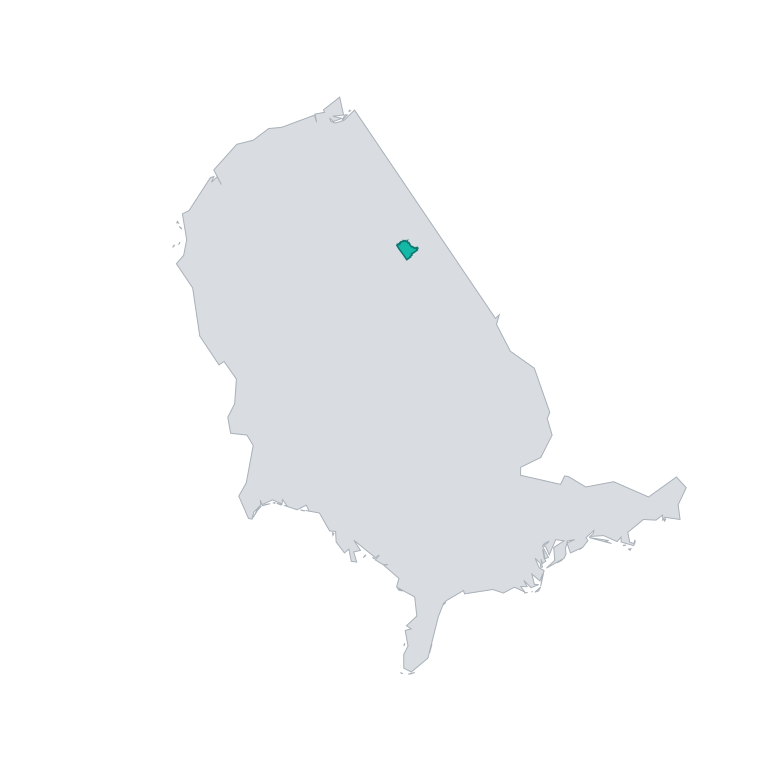 Garfield, Montana, United States of America shown in context, rotated 55°
{"feature_id": "52423323B69733440300774", "entity_name": "Garfield", "entity_type": "district", "adm_level": 2, "iso_a3": "USA", "parent_name": "United States of America", "parent_adm1": "Montana", "projection": "albers", "projection_center": [-107.725, 47.414], "detail": "fine", "context": "in_parent", "style": "filled", "palette": "teal", "viewbox_px": 768, "rotation_deg": 55, "n_neighbors": 0, "source": "geoboundaries", "source_scale": "gbopen_adm2", "svg_char_len": 5781}
<svg xmlns="http://www.w3.org/2000/svg" viewBox="0 0 768 768"><g transform="rotate(55 384 384)"><path d="M595.8,251.9L628.3,232.1L627.9,197.8L642.3,195.9L651.6,212.3L664.8,219.2L654.3,230.3L655.3,233.7L651.2,231.0L651.5,239.3L643.8,249.2L645.3,269.4L654.6,273.5L658.1,270.6L655.5,268.0L657.5,268.8L659.6,272.2L649.4,280.4L645.4,277.6L646.8,283.4L634.1,291.1L627.1,302.6L626.4,298.2L624.4,296.2L625.7,306.6L629.3,306.9L631.8,315.1L629.3,328.2L619.2,325.3L620.9,317.1L617.8,323.6L622.8,329.7L627.6,332.3L630.1,336.5L628.0,356.6L626.4,345.3L615.3,338.7L615.7,326.5L610.0,332.6L618.7,346.6L610.1,344.9L607.9,346.3L608.1,340.7L607.4,339.4L606.6,344.0L607.8,347.2L620.5,348.7L619.3,352.4L612.5,349.1L610.4,348.9L618.8,352.8L621.9,353.0L621.9,357.4L617.6,355.8L624.9,359.4L624.0,360.7L620.4,358.8L613.4,360.2L623.6,362.3L628.6,359.9L639.5,371.6L630.5,362.9L634.8,369.2L624.6,371.9L634.4,375.7L637.0,372.3L635.2,380.4L625.1,382.1L632.1,383.0L628.4,388.1L635.1,388.0L625.2,393.8L623.7,406.1L614.7,412.8L602.1,438.4L598.8,437.3L597.2,456.9L598.0,461.2L605.7,472.9L633.7,505.2L635.6,526.8L628.1,530.8L616.8,522.9L612.4,514.6L598.0,508.0L600.2,502.2L594.9,504.2L592.9,490.2L576.0,481.0L557.5,490.2L551.8,483.3L532.4,488.1L534.1,484.4L531.5,488.3L523.1,492.0L521.5,486.0L521.1,490.7L494.8,498.3L506.8,498.7L504.2,505.2L514.2,508.5L510.5,512.5L499.1,507.5L499.7,513.3L485.9,513.8L477.0,508.2L473.2,512.8L452.6,510.9L442.6,520.8L445.2,518.2L438.7,517.1L437.1,527.4L426.0,535.6L428.5,533.3L420.5,533.4L423.7,536.4L415.0,541.8L412.8,553.1L408.3,551.9L412.4,554.4L414.3,564.2L419.0,569.6L416.4,572.1L392.6,567.3L385.9,553.4L359.3,526.4L347.2,525.6L336.4,537.9L321.6,531.0L314.6,517.7L295.3,502.1L273.8,502.1L273.7,508.2L239.0,507.4L195.5,485.6L166.4,485.1L163.7,474.3L152.7,462.9L129.0,451.5L130.1,444.2L115.3,407.7L116.5,404.4L119.8,409.5L118.5,401.8L127.3,402.8L111.0,400.6L103.2,367.1L109.3,351.3L108.6,331.9L115.0,320.8L123.9,286.7L131.0,289.1L123.3,285.7L127.4,276.8L124.7,276.3L123.6,255.8L140.5,262.8L135.2,272.4L142.2,266.2L140.1,274.7L135.5,276.0L138.5,276.9L142.4,274.0L145.1,265.4L142.7,251.0L394.2,255.1L393.4,249.9L399.7,257.7L429.7,261.7L457.3,251.8L502.4,264.5L505.9,270.1L522.3,275.6L534.1,297.7L530.6,319.8L537.1,324.5L567.5,296.9L562.9,288.8L565.4,286.1L584.1,277.8L595.8,251.9ZM639.9,292.9L645.2,289.1L627.3,304.2L641.1,289.7L639.9,292.9ZM142.5,259.7L143.9,265.6L143.6,266.4L141.1,261.6L142.5,259.7ZM418.4,568.0L414.2,559.7L413.7,554.7L414.9,559.9L418.4,568.0ZM656.0,230.2L657.3,232.8L656.1,232.7L656.0,230.2ZM477.7,510.7L478.7,512.7L476.2,511.5L477.7,510.7ZM137.4,461.3L140.4,460.6L140.6,461.0L137.4,461.3ZM134.4,460.0L133.1,461.3L132.3,459.9L134.4,460.0ZM654.8,278.1L654.0,280.5L653.4,280.4L654.8,278.1ZM414.8,550.0L413.7,554.1L416.8,545.9L414.8,550.0ZM625.0,494.4L630.4,500.8L624.2,493.9L625.0,494.4ZM151.1,470.1L152.1,472.4L150.9,470.3L151.1,470.1ZM637.2,527.4L635.6,530.6L637.9,524.3L637.2,527.4ZM642.2,375.9L641.1,379.8L640.1,372.1L642.2,375.9ZM141.0,254.7L140.7,256.3L139.9,255.3L141.0,254.7ZM424.0,537.9L420.0,540.3L424.1,537.3L424.0,537.9ZM660.5,276.1L661.4,277.9L659.5,278.4L660.5,276.1ZM150.3,476.1L150.9,478.8L149.8,476.3L150.3,476.1ZM419.1,542.0L417.5,543.2L418.8,541.4L419.1,542.0ZM630.4,340.1L629.7,345.1L630.2,338.4L630.4,340.1ZM441.6,522.8L439.1,524.8L442.6,521.4L441.6,522.8ZM598.4,458.7L599.0,462.0L598.0,459.9L598.4,458.7ZM636.2,388.1L635.6,389.1L637.1,385.8L636.2,388.1ZM564.3,487.4L561.6,490.0L560.1,490.1L564.3,487.4ZM521.7,491.8L521.3,492.5L519.3,492.9L521.7,491.8ZM608.8,516.1L610.0,518.1L608.1,515.8L608.8,516.1ZM514.3,498.4L514.3,500.6L513.3,496.9L514.3,498.4ZM631.5,535.3L629.7,536.2L632.1,534.6L631.5,535.3ZM631.9,316.7L631.6,319.1L631.8,315.7L631.9,316.7ZM639.5,381.2L638.7,382.4L639.5,381.2Z" fill="#d9dde1" stroke="#a8b0b8" stroke-width="1"/><path d="M278.0,285.8L277.9,285.9L277.9,286.0L278.0,286.1L278.0,286.3L277.9,286.3L278.0,286.4L278.0,286.5L277.9,286.5L277.7,286.7L277.7,286.8L277.8,286.8L277.7,286.9L277.7,287.0L277.5,287.3L277.5,287.5L277.5,287.8L277.6,288.0L277.5,288.3L277.5,288.5L277.4,288.6L277.5,288.7L277.6,288.8L277.5,289.0L277.5,288.9L277.5,289.0L277.7,289.3L277.8,289.5L277.7,289.5L277.8,289.6L277.7,289.6L277.8,289.6L277.8,289.8L277.7,289.8L277.7,289.7L277.6,289.8L277.7,290.0L277.7,289.9L277.6,290.0L277.6,290.3L277.6,290.2L277.5,290.3L277.7,290.5L277.8,290.6L277.7,290.6L277.7,290.8L277.7,291.0L277.8,291.0L277.9,291.3L277.8,291.5L278.0,291.6L277.9,291.7L277.8,291.8L278.0,291.9L278.1,292.0L278.1,292.3L278.1,292.5L277.9,292.5L278.0,292.6L277.9,292.7L278.0,292.7L278.0,292.8L277.9,292.8L277.9,293.0L278.0,293.0L277.9,293.0L277.9,293.3L277.7,293.3L277.8,293.3L277.8,293.5L277.7,293.6L277.7,293.8L277.8,293.8L277.9,294.0L278.0,294.0L282.2,294.2L289.3,294.0L295.3,294.1L295.3,293.9L295.2,289.4L294.5,289.5L294.4,287.0L293.2,287.1L293.2,284.6L293.5,284.6L293.4,279.9L292.5,279.9L292.5,278.7L291.9,278.7L291.8,278.4L291.6,278.3L291.6,278.5L291.1,278.7L291.1,278.8L291.3,279.0L291.2,279.3L290.9,279.4L291.1,279.6L291.1,279.8L290.9,279.8L290.9,280.0L290.6,280.3L290.6,280.5L290.2,280.8L290.2,281.1L289.8,281.0L289.7,281.3L289.5,281.2L289.2,281.3L289.2,281.5L289.0,281.8L288.8,281.9L288.5,281.7L288.1,281.7L287.8,281.8L287.7,282.1L287.7,282.3L287.6,282.6L287.2,282.8L287.0,282.7L286.9,282.7L286.5,282.7L286.4,282.9L285.9,282.9L285.5,282.8L285.0,282.8L284.9,282.9L284.2,282.9L283.9,282.6L283.4,282.6L283.1,282.5L282.6,282.5L282.6,282.9L282.4,283.1L282.4,283.4L281.8,283.4L281.6,283.2L281.3,283.1L281.2,283.2L280.9,283.1L280.7,283.3L280.5,283.1L280.4,283.0L280.5,283.4L280.3,283.5L280.2,283.3L279.9,283.8L279.7,284.0L279.4,284.3L279.4,284.5L279.2,284.5L279.1,284.4L279.1,284.5L278.9,284.5L278.6,284.7L278.6,284.8L278.4,285.0L278.5,285.3L278.4,285.4L278.4,285.8L278.0,285.8Z" fill="#14b8a6" stroke="#0f766e" stroke-width="1.5"/></g></svg>